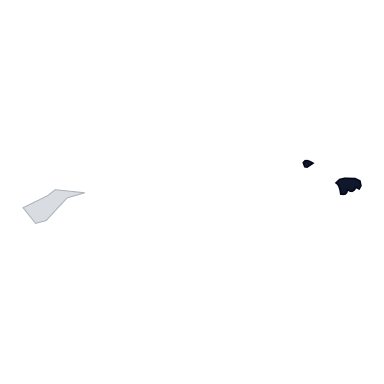 Manu's on a map of American Samoa (Equal Earth projection)
{"feature_id": "ASM-4999", "entity_name": "Manu's", "entity_type": "state/province", "adm_level": 1, "iso_a3": "ASM", "parent_name": "American Samoa", "parent_adm1": "", "projection": "equal_earth", "projection_center": [-169.541, -14.22], "detail": "fine", "context": "in_parent", "style": "filled", "palette": "ink", "viewbox_px": 384, "rotation_deg": 0, "n_neighbors": 0, "source": "natural_earth", "source_scale": "10m", "svg_char_len": 619}
<svg xmlns="http://www.w3.org/2000/svg" viewBox="0 0 384 384"><path d="M46.1,220.6L35.6,223.4L23.0,207.7L47.4,195.8L55.2,189.7L84.8,192.8L67.1,197.9L46.1,220.6Z" fill="#d9dde1" stroke="#a8b0b8" stroke-width="1"/><path d="M355.2,178.5L360.0,180.9L361.0,185.7L359.2,189.1L356.1,187.4L354.1,190.2L352.1,191.4L350.0,191.2L347.6,189.7L346.7,192.6L345.3,194.1L343.2,194.4L340.7,194.2L340.1,190.2L339.1,186.9L337.8,184.4L335.9,182.9L339.6,179.4L344.7,178.2L355.2,178.5ZM303.2,162.6L305.1,160.6L307.6,160.6L310.3,161.6L313.1,163.2L307.1,167.2L304.7,166.8L303.2,162.6Z" fill="#0f172a" stroke="#020617" stroke-width="1.5"/></svg>